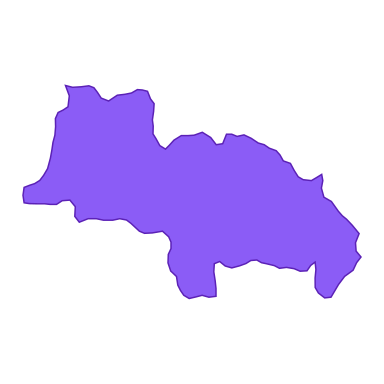 the district of Tocos do Moji, Minas Gerais, Brazil
{"feature_id": "56859067B62274754199579", "entity_name": "Tocos do Moji", "entity_type": "district", "adm_level": 2, "iso_a3": "BRA", "parent_name": "Brazil", "parent_adm1": "Minas Gerais", "projection": "natural_earth1", "projection_center": [-46.147, -22.358], "detail": "fine", "context": "isolated", "style": "filled", "palette": "violet", "viewbox_px": 384, "rotation_deg": 0, "n_neighbors": 0, "source": "geoboundaries", "source_scale": "gbopen_adm2", "svg_char_len": 1893}
<svg xmlns="http://www.w3.org/2000/svg" viewBox="0 0 384 384"><path d="M279.5,268.3L286.5,267.4L294.2,268.7L300.1,271.2L307.0,270.8L310.7,265.4L315.1,262.1L315.9,269.6L315.1,278.0L315.2,287.5L318.4,293.0L324.7,297.9L331.0,297.2L334.5,291.3L338.5,284.5L344.6,276.4L353.1,270.2L356.6,262.7L361.0,257.0L356.1,251.1L355.5,242.7L359.1,233.6L352.2,225.2L346.5,219.2L342.2,215.7L338.3,211.2L335.1,206.7L331.4,201.5L323.9,197.2L321.4,188.1L322.8,180.6L321.7,174.4L317.0,177.3L311.4,180.6L303.2,179.7L298.2,176.8L294.2,170.5L290.4,163.4L283.3,160.9L280.0,155.0L276.2,150.7L269.3,148.2L264.2,144.7L258.2,143.0L251.2,138.3L244.0,134.9L237.1,136.4L231.7,134.2L226.5,134.2L222.7,143.7L216.2,144.7L210.7,137.5L202.3,132.3L194.1,135.2L188.2,135.6L181.3,135.6L174.0,140.1L169.4,145.2L165.5,149.1L159.8,145.6L156.0,138.7L153.0,133.9L153.2,126.1L152.4,119.9L153.6,111.4L154.1,103.7L150.5,98.9L147.5,91.3L142.4,90.0L137.4,89.6L131.5,93.0L124.9,94.3L117.3,95.2L108.6,101.0L101.2,98.1L97.4,92.3L93.9,87.7L88.9,85.8L81.0,86.8L72.6,87.3L65.5,85.5L69.3,95.8L68.0,106.8L63.0,110.1L58.1,112.5L55.4,118.6L55.6,126.7L54.9,135.2L53.0,142.3L51.9,149.9L50.4,158.2L47.6,168.6L43.6,175.4L39.8,180.4L34.7,183.6L29.8,185.2L24.1,187.4L23.0,195.3L24.1,202.8L29.3,203.6L37.4,203.8L44.8,203.8L50.2,204.4L56.5,204.4L62.2,200.7L69.9,200.1L75.3,206.7L74.8,216.4L79.3,222.2L88.1,218.7L96.3,218.7L103.6,220.2L112.7,220.2L119.7,218.7L126.5,220.0L130.9,223.3L135.3,227.4L139.4,231.2L144.5,233.3L152.4,232.9L162.5,231.2L168.7,236.8L171.0,242.1L171.0,248.6L168.3,254.4L168.0,262.9L170.7,271.0L176.5,276.5L177.8,285.1L180.5,290.5L183.8,295.3L189.2,298.5L196.0,296.9L202.1,295.3L208.9,297.2L216.0,296.3L216.0,288.6L215.2,281.0L213.8,271.8L214.3,263.7L219.7,261.5L225.2,266.0L231.8,267.9L239.7,265.8L246.0,263.5L250.8,260.5L256.8,260.0L261.5,262.7L266.3,263.7L274.3,265.6L279.5,268.3Z" fill="#8b5cf6" stroke="#5b21b6" stroke-width="1.5"/></svg>